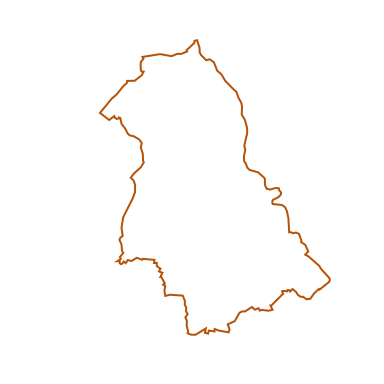 the district of Cork City North West Lea-6, Cork, Ireland, rotated 248°
{"feature_id": "5873133B44543417312152", "entity_name": "Cork City North West Lea-6", "entity_type": "district", "adm_level": 2, "iso_a3": "IRL", "parent_name": "Ireland", "parent_adm1": "Cork", "projection": "mercator", "projection_center": [-8.566, 51.923], "detail": "fine", "context": "isolated", "style": "outline", "palette": "amber", "viewbox_px": 384, "rotation_deg": 248, "n_neighbors": 0, "source": "geoboundaries", "source_scale": "gbopen_adm2", "svg_char_len": 2512}
<svg xmlns="http://www.w3.org/2000/svg" viewBox="0 0 384 384"><g transform="rotate(248 192 192)"><path d="M272.5,268.6L282.8,264.4L289.9,263.4L295.1,260.8L304.1,260.9L308.4,258.1L308.8,254.6L315.5,251.7L318.4,251.4L322.8,253.0L330.8,253.6L331.2,251.0L329.4,250.1L325.5,240.1L324.1,240.1L324.1,233.8L325.6,230.1L325.6,224.0L331.8,214.0L335.8,196.7L333.7,196.9L332.0,193.7L330.5,192.5L324.1,190.2L322.6,190.4L321.7,192.2L319.2,189.4L316.6,180.5L319.3,173.5L317.5,172.5L315.8,167.8L310.7,158.7L308.6,152.5L299.8,136.3L289.8,142.2L291.5,148.4L289.9,148.3L288.0,149.4L287.7,151.8L288.4,152.2L287.5,153.2L281.3,152.2L276.0,153.8L270.2,154.3L267.9,155.4L265.4,159.0L260.4,162.8L256.1,163.7L252.4,161.2L246.0,160.7L239.3,158.4L237.5,158.4L234.1,153.8L230.7,144.7L228.2,140.6L224.5,142.2L219.8,141.9L212.9,138.9L207.9,134.2L194.4,118.8L185.4,113.3L177.1,111.2L176.5,108.6L174.9,106.8L169.9,107.0L163.7,105.1L161.2,105.4L158.7,100.8L156.6,100.9L155.8,96.9L155.0,99.1L153.0,98.3L151.7,99.1L151.7,100.5L153.1,102.6L150.8,103.9L152.9,106.9L150.7,110.2L151.7,116.1L147.8,120.5L148.4,121.4L143.1,131.8L140.4,130.2L139.5,132.8L136.4,131.6L132.7,134.0L130.7,131.6L128.2,134.3L125.1,130.9L124.8,131.7L117.5,132.6L116.9,130.5L114.9,132.0L111.0,129.5L105.7,128.3L104.9,133.3L99.4,144.6L93.6,144.6L90.3,143.1L87.0,143.4L83.9,141.8L80.5,142.2L78.2,138.9L74.5,139.0L69.8,136.9L64.0,136.2L62.8,135.0L60.2,137.5L58.3,141.7L60.3,153.7L56.6,151.2L54.7,153.9L57.2,155.7L54.3,160.6L56.5,161.7L53.4,165.0L48.2,173.4L50.5,175.4L55.9,175.5L56.3,183.3L62.3,190.9L62.4,194.0L61.4,196.4L62.9,204.5L59.3,206.2L59.3,210.2L56.6,210.5L56.6,212.4L53.2,218.6L52.6,222.5L57.4,222.3L57.1,223.1L63.4,238.0L62.4,238.3L66.3,238.4L66.3,239.2L64.2,243.2L65.3,243.8L64.4,245.6L63.0,245.8L64.4,248.8L60.4,251.0L56.7,251.7L53.8,253.9L53.3,255.7L49.6,258.0L48.7,261.7L52.2,267.2L54.6,273.3L53.7,273.7L57.2,285.2L58.8,286.9L60.9,287.1L72.4,282.8L75.7,282.4L88.6,275.9L91.5,273.5L93.3,277.5L100.6,277.2L104.7,274.4L105.7,275.2L113.0,275.5L115.4,273.3L116.0,270.1L117.5,268.9L118.2,267.0L131.4,271.5L138.6,272.8L143.1,272.6L146.3,270.5L150.6,262.3L152.8,262.7L154.3,264.0L154.9,270.4L156.2,273.2L158.1,274.4L161.1,273.5L162.9,273.9L164.4,271.0L165.0,265.3L167.1,262.4L171.4,262.3L176.8,264.5L178.2,264.3L185.5,260.6L191.0,253.6L193.9,252.4L198.1,252.6L201.1,251.9L205.5,253.4L210.9,257.1L215.7,258.0L225.8,265.2L230.5,267.0L238.9,268.1L245.2,267.1L251.9,270.2L256.1,271.1L262.1,270.4L268.3,270.7L272.5,268.6Z" fill="none" stroke="#b45309" stroke-width="2"/></g></svg>